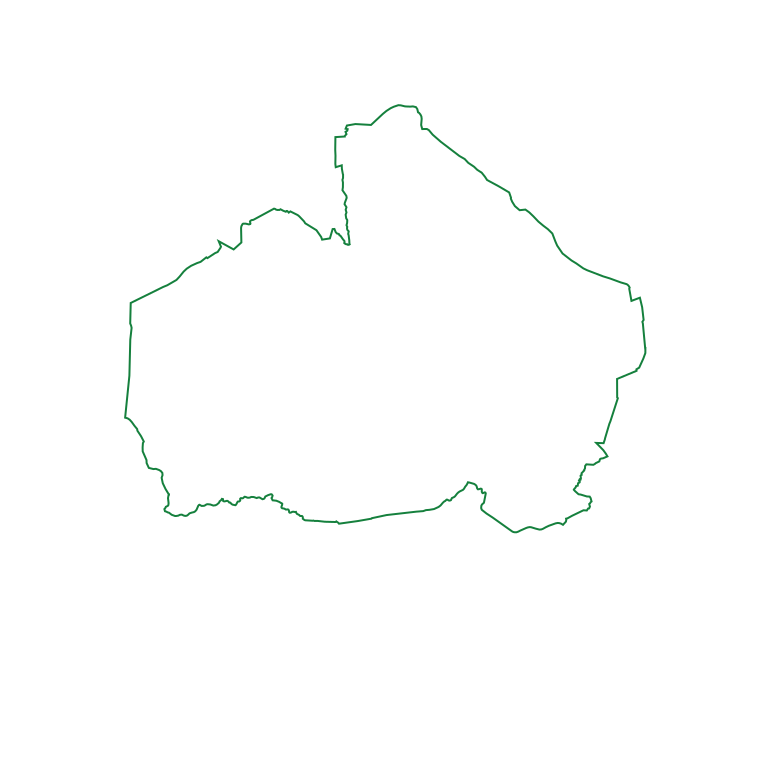 the district of Jacona, Michoacán, Mexico, rotated 138°
{"feature_id": "50627088B36086667335144", "entity_name": "Jacona", "entity_type": "district", "adm_level": 2, "iso_a3": "MEX", "parent_name": "Mexico", "parent_adm1": "Michoacán", "projection": "mercator", "projection_center": [-102.302, 19.941], "detail": "fine", "context": "isolated", "style": "outline", "palette": "green", "viewbox_px": 768, "rotation_deg": 138, "n_neighbors": 0, "source": "geoboundaries", "source_scale": "gbopen_adm2", "svg_char_len": 6154}
<svg xmlns="http://www.w3.org/2000/svg" viewBox="0 0 768 768"><g transform="rotate(138 384 384)"><path d="M165.8,235.7L166.0,235.8L151.1,255.8L150.4,257.3L148.2,257.9L140.8,268.3L136.1,276.9L144.5,280.2L138.0,290.7L136.9,291.3L136.5,293.4L136.6,294.9L136.9,295.9L140.1,301.1L145.5,311.3L149.2,317.5L156.9,332.6L158.5,336.5L160.4,344.9L162.0,350.3L164.0,361.5L162.7,371.0L161.3,375.2L158.2,383.2L158.6,389.4L159.7,395.1L160.6,401.4L160.8,408.7L161.2,414.3L162.2,419.0L166.9,422.4L167.7,428.6L166.8,433.6L165.7,436.9L165.0,437.4L162.8,442.6L166.5,454.3L170.9,466.6L170.3,470.5L170.0,475.6L171.4,480.8L171.7,485.2L173.4,492.0L173.5,497.2L175.4,503.0L179.7,525.9L181.0,536.7L180.8,542.7L181.5,544.8L185.0,547.9L183.1,551.6L178.6,555.8L177.2,557.8L176.6,559.9L176.5,562.1L176.9,563.1L175.3,566.0L175.0,568.4L176.8,571.0L178.7,572.4L181.9,575.5L182.8,576.5L185.1,579.9L186.8,581.6L191.2,583.5L194.5,584.5L199.5,585.3L204.1,585.5L220.3,585.2L231.3,596.3L238.6,600.9L241.7,599.4L240.5,597.7L241.8,596.8L243.9,597.1L244.7,594.8L247.6,594.5L247.7,594.3L254.9,600.0L263.6,590.6L267.3,586.1L272.9,580.1L274.8,577.4L269.1,574.8L271.3,572.1L274.1,567.6L274.3,567.0L276.6,564.5L278.3,563.5L279.7,561.2L282.9,557.7L285.2,555.8L286.1,549.0L287.2,547.3L291.8,544.9L293.0,544.0L293.6,540.5L295.9,539.1L297.1,536.6L299.2,535.5L301.3,532.3L301.5,530.7L301.8,530.2L303.7,528.3L305.6,527.1L306.2,525.3L307.1,524.7L307.9,523.5L308.1,522.9L308.1,521.1L310.2,519.5L310.7,518.3L313.6,514.1L315.9,511.3L316.0,510.8L316.4,510.8L317.4,511.3L317.7,511.6L317.9,512.6L318.5,513.0L319.0,514.0L319.2,515.4L318.3,515.9L317.7,516.9L317.7,518.8L317.2,522.7L317.2,523.6L317.6,524.2L317.2,525.8L318.2,527.2L318.3,529.1L317.1,532.4L318.5,533.5L326.8,528.4L333.4,532.7L332.3,535.3L331.3,543.5L335.0,556.1L334.6,558.4L334.8,565.3L335.1,567.3L338.1,574.9L340.1,575.1L340.1,577.1L340.3,577.5L340.7,577.8L341.7,577.7L343.0,580.3L344.0,583.1L345.2,583.3L346.6,584.5L347.5,585.7L347.8,587.0L348.4,587.9L371.2,593.4L372.8,594.4L374.0,594.6L374.8,594.5L376.0,592.5L376.4,592.4L377.6,593.0L379.5,595.7L381.4,597.4L382.1,597.5L384.4,596.7L385.8,595.6L395.3,584.6L405.7,584.6L411.3,600.7L413.3,595.1L414.5,594.6L419.3,593.4L421.9,594.3L431.0,595.7L431.3,597.0L438.6,597.5L441.9,598.9L448.2,600.9L453.4,601.7L457.7,601.6L464.0,600.6L468.6,600.2L479.0,602.4L483.2,603.9L518.0,613.7L532.1,598.8L532.9,596.6L534.0,594.6L542.9,586.7L567.7,560.5L598.9,532.2L597.5,530.0L596.9,527.6L596.9,524.5L597.4,520.0L597.6,515.7L598.5,514.3L599.5,507.7L601.0,502.0L602.7,501.4L605.8,498.4L608.4,495.4L611.4,486.4L613.3,484.1L614.9,479.0L612.3,475.1L610.3,473.6L608.7,470.6L608.1,468.6L608.2,466.3L609.5,464.5L612.0,463.1L614.8,458.3L616.6,452.2L617.8,445.9L617.7,445.8L617.9,445.6L618.2,445.8L620.9,443.7L623.8,439.6L625.3,438.3L626.2,438.1L628.3,438.7L629.4,438.2L630.9,438.0L631.9,436.0L631.1,434.7L630.7,433.4L629.9,432.2L629.3,428.9L627.6,425.7L626.8,425.0L624.9,423.8L623.3,423.4L622.1,422.6L621.6,422.1L620.9,420.3L620.0,419.0L618.7,418.1L617.2,417.9L615.1,418.0L613.0,417.1L611.0,416.0L609.5,415.7L607.4,416.0L603.5,417.8L602.3,417.9L601.9,417.7L601.1,415.4L599.5,414.1L598.8,413.7L596.5,413.3L595.5,412.7L593.7,410.7L592.2,407.9L590.3,406.6L588.6,406.2L585.9,406.2L584.8,406.8L582.6,406.7L581.3,407.1L580.7,406.2L581.8,404.7L581.6,404.1L581.0,403.4L578.8,402.2L578.5,401.7L578.3,401.1L578.3,399.4L578.0,399.3L577.6,398.7L577.6,396.7L577.2,395.6L575.6,393.4L574.7,393.3L571.7,394.4L571.2,394.4L570.2,393.6L569.2,393.5L568.7,393.7L567.8,394.9L567.3,395.0L566.6,394.9L565.9,393.9L565.1,393.5L563.1,393.5L562.4,392.7L561.6,391.0L561.0,390.3L559.6,389.3L558.5,389.0L557.9,388.6L556.4,387.1L554.9,384.4L553.5,383.9L552.4,382.9L551.4,379.7L550.3,379.1L549.6,379.0L549.1,379.1L547.5,379.8L544.6,379.0L542.0,377.9L541.3,377.2L541.4,375.7L542.5,374.9L543.9,374.5L544.6,372.1L542.1,369.3L540.7,366.4L540.1,364.3L539.8,363.9L539.8,363.0L540.8,362.2L542.2,361.5L542.8,360.9L542.9,360.4L542.8,359.8L541.5,358.1L540.9,356.3L539.4,355.2L539.1,354.6L539.3,353.7L540.3,352.0L540.1,351.3L539.1,350.7L537.7,350.4L536.7,349.6L535.7,348.3L535.0,347.9L535.4,346.9L535.6,345.8L534.7,343.5L534.7,342.4L534.5,341.9L533.3,340.8L533.2,340.3L533.4,339.4L534.5,338.2L534.1,336.1L533.7,335.4L528.6,330.2L527.9,329.8L527.4,328.9L524.9,326.6L520.1,321.2L512.5,314.0L512.0,313.7L511.4,313.8L510.8,311.3L510.9,310.3L495.2,299.7L483.4,292.3L482.8,292.4L469.8,284.9L445.4,267.5L439.9,263.3L437.2,262.2L434.6,260.2L430.5,257.6L425.7,256.1L423.2,255.9L419.6,256.4L417.6,256.4L416.8,256.1L414.9,256.2L414.3,255.6L413.8,254.1L413.4,253.6L413.1,253.3L412.0,252.9L409.9,253.8L407.6,253.1L406.4,253.0L403.2,253.6L401.5,253.7L399.7,253.5L396.2,252.5L394.7,252.6L392.2,253.4L390.5,253.6L388.1,254.4L387.4,254.4L387.6,254.7L387.4,254.8L386.6,253.8L383.9,249.5L383.5,248.0L383.4,246.8L383.7,245.8L384.6,244.1L384.7,243.0L384.2,242.5L382.1,241.5L381.7,240.8L381.8,240.3L383.5,238.4L383.8,237.1L383.6,236.7L381.7,236.1L381.3,235.5L381.4,235.1L381.6,234.6L382.5,233.9L389.2,228.9L391.8,228.9L393.1,228.4L394.8,226.8L395.5,225.1L394.5,219.2L392.6,212.0L387.4,188.6L386.9,187.4L386.1,186.4L384.8,185.2L382.9,184.4L380.9,183.9L374.8,181.9L373.1,181.2L371.5,180.2L370.5,179.1L368.1,175.1L365.9,171.8L364.3,170.6L362.7,170.0L359.6,169.3L356.3,168.3L349.7,165.6L347.9,164.5L346.8,163.3L345.8,161.6L345.2,159.6L340.9,160.0L339.4,161.1L338.8,162.1L337.5,161.4L332.3,160.2L320.3,156.7L317.9,154.3L315.7,154.9L314.8,154.3L313.0,155.1L311.8,157.5L310.7,157.5L309.4,157.9L308.4,157.8L306.8,160.9L306.5,162.7L308.5,164.7L311.8,170.2L313.2,171.9L313.7,176.6L313.7,178.4L312.9,178.7L310.8,178.9L309.6,179.6L308.1,178.8L306.2,180.4L304.7,180.0L304.2,180.1L303.6,180.8L303.8,181.7L302.3,182.3L301.8,181.5L300.7,182.2L299.3,184.3L298.5,184.4L297.9,184.2L296.9,185.5L292.4,185.8L293.1,186.1L291.1,186.8L289.4,188.5L287.4,188.9L282.5,183.9L280.9,183.5L279.6,183.5L275.8,182.4L273.8,183.6L272.7,183.4L270.9,182.2L266.4,180.7L265.8,183.6L265.3,188.1L265.7,198.2L260.4,193.1L257.0,195.0L256.1,195.7L243.2,203.6L240.7,204.8L219.7,217.0L219.7,218.0L207.4,231.8L187.5,224.8L186.6,226.0L183.4,225.4L174.2,229.4L169.1,232.1L165.8,235.7Z" fill="none" stroke="#15803d" stroke-width="2"/></g></svg>